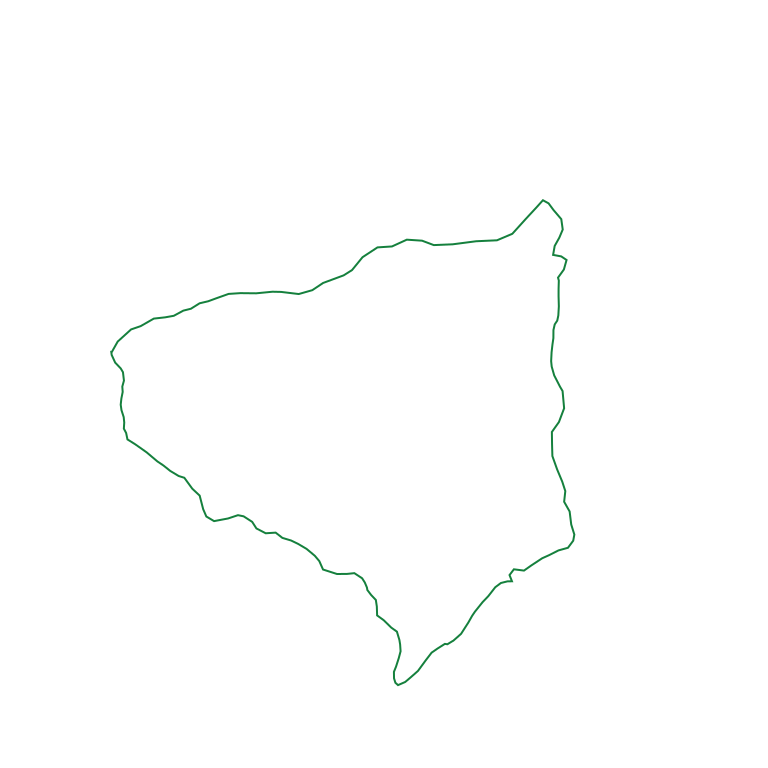 Gobustan District, Qobustan, Azerbaijan, rotated 304°
{"feature_id": "54616110B43271825035432", "entity_name": "Gobustan District", "entity_type": "district", "adm_level": 2, "iso_a3": "AZE", "parent_name": "Azerbaijan", "parent_adm1": "Qobustan", "projection": "mercator", "projection_center": [48.924, 40.545], "detail": "fine", "context": "isolated", "style": "outline", "palette": "green", "viewbox_px": 768, "rotation_deg": 304, "n_neighbors": 0, "source": "geoboundaries", "source_scale": "gbopen_adm2", "svg_char_len": 2218}
<svg xmlns="http://www.w3.org/2000/svg" viewBox="0 0 768 768"><g transform="rotate(304 384 384)"><path d="M257.6,140.4L255.8,142.0L251.4,149.2L249.7,157.0L247.8,161.0L241.4,166.5L235.5,168.5L231.3,171.8L225.1,174.4L219.6,177.3L215.5,181.0L211.0,186.7L206.8,190.2L201.5,193.3L199.2,197.6L194.6,202.3L194.9,211.5L194.6,225.5L193.1,239.4L193.1,246.8L192.4,255.4L192.9,265.2L194.6,270.9L190.0,283.6L188.4,293.6L179.1,304.1L174.8,310.8L175.3,319.8L185.3,329.9L193.6,336.3L195.8,341.6L196.0,351.8L192.9,359.0L194.1,369.4L200.2,377.3L199.6,385.8L202.3,394.5L203.4,402.1L204.0,412.0L202.9,422.7L201.0,429.4L196.1,437.2L200.2,451.3L206.0,459.7L210.6,465.2L210.7,474.5L208.7,479.1L205.7,483.7L203.9,485.4L201.9,491.3L200.4,498.0L195.5,502.5L188.3,507.7L188.0,515.9L186.1,526.2L185.9,533.2L180.4,539.9L177.1,543.0L171.7,547.2L165.1,549.5L156.5,552.0L150.9,553.2L145.6,556.9L142.7,560.5L142.2,564.0L148.8,568.2L155.9,570.2L165.1,572.6L178.0,573.1L187.9,573.7L194.6,576.3L202.6,579.8L203.7,582.1L209.2,584.6L209.9,585.0L220.0,587.6L233.5,587.3L241.1,586.7L246.0,586.7L258.2,587.7L266.4,589.1L277.8,589.9L284.4,592.2L289.4,596.7L292.0,600.4L295.8,594.9L303.0,595.3L307.6,604.4L316.0,607.6L328.0,612.6L334.3,616.5L343.6,621.7L351.1,628.1L359.9,628.5L365.6,626.0L372.2,617.8L382.1,609.2L387.1,599.2L396.6,594.2L402.7,586.4L410.0,575.3L418.4,563.9L427.9,557.1L438.1,550.0L450.3,550.3L464.6,546.9L478.0,536.0L480.2,531.4L482.8,526.7L486.3,520.3L492.2,513.3L496.4,509.8L504.0,505.2L511.1,501.5L516.7,498.8L523.5,494.3L528.9,492.2L533.4,492.2L538.3,490.2L546.2,485.5L554.3,479.7L560.4,475.6L567.5,471.1L569.5,468.8L579.5,469.1L588.9,466.0L588.9,459.6L585.6,452.0L593.9,448.3L603.4,447.5L612.0,445.8L619.8,438.8L623.0,427.3L625.8,419.4L625.2,413.0L615.3,411.6L599.9,409.2L580.3,406.4L566.3,397.3L553.9,380.6L538.2,362.8L527.0,347.6L524.1,335.4L516.4,322.2L502.5,313.7L493.6,302.2L477.1,295.3L460.6,293.8L451.5,289.8L433.7,277.0L421.7,272.1L410.9,263.0L402.8,247.2L398.1,239.9L387.7,227.3L379.0,214.1L371.8,204.8L361.1,196.9L354.3,192.0L347.8,186.0L338.8,182.0L338.5,181.9L332.6,176.6L323.0,171.6L316.9,165.3L309.5,156.6L295.9,149.9L287.8,143.8L270.3,139.5L257.6,140.5L257.6,140.4Z" fill="none" stroke="#15803d" stroke-width="2"/></g></svg>